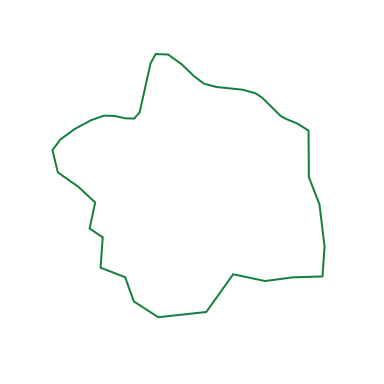 an SVG outline of Zombo, rotated 102°
{"feature_id": "UGA-5589", "entity_name": "Zombo", "entity_type": "District", "adm_level": 1, "iso_a3": "UGA", "parent_name": "Uganda", "parent_adm1": "", "projection": "albers", "projection_center": [30.853, 2.535], "detail": "fine", "context": "isolated", "style": "outline", "palette": "green", "viewbox_px": 384, "rotation_deg": 102, "n_neighbors": 0, "source": "natural_earth", "source_scale": "10m", "svg_char_len": 653}
<svg xmlns="http://www.w3.org/2000/svg" viewBox="0 0 384 384"><g transform="rotate(102 192 192)"><path d="M180.1,337.2L168.0,331.7L154.7,319.8L142.8,305.7L135.6,294.0L133.7,283.5L133.8,272.6L132.2,263.9L125.1,259.8L74.9,259.3L64.6,256.2L62.5,243.9L69.1,228.9L78.1,214.4L83.6,202.8L84.2,190.0L81.4,163.5L82.3,150.1L85.3,142.8L99.3,120.9L100.9,115.4L101.5,112.4L103.1,103.3L107.7,90.8L153.1,80.8L177.5,64.8L217.8,51.0L247.5,46.8L254.5,75.6L263.9,102.0L263.9,134.6L306.4,153.1L321.5,199.1L311.1,226.2L289.2,239.7L285.1,265.7L254.9,269.9L249.0,284.6L222.4,284.5L210.6,304.2L200.7,327.3L180.1,337.2Z" fill="none" stroke="#15803d" stroke-width="2"/></g></svg>